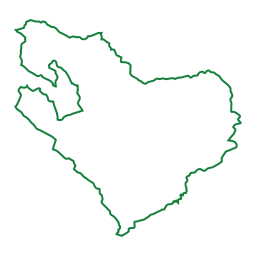 Tam Duong, Lai Chau, Vietnam (Mercator projection)
{"feature_id": "81297802B8345144496926", "entity_name": "Tam Duong", "entity_type": "district", "adm_level": 2, "iso_a3": "VNM", "parent_name": "Vietnam", "parent_adm1": "Lai Chau", "projection": "mercator", "projection_center": [103.573, 22.33], "detail": "fine", "context": "isolated", "style": "outline", "palette": "green", "viewbox_px": 256, "rotation_deg": 0, "n_neighbors": 0, "source": "geoboundaries", "source_scale": "gbopen_adm2", "svg_char_len": 5603}
<svg xmlns="http://www.w3.org/2000/svg" viewBox="0 0 256 256"><path d="M101.4,32.9L98.3,33.0L90.4,36.2L88.1,36.1L87.7,36.5L87.6,37.2L87.2,37.8L85.0,39.1L84.2,39.3L82.2,39.1L81.1,38.3L80.2,37.4L79.3,37.1L76.1,37.1L73.4,36.5L72.1,36.6L70.3,37.5L69.7,37.6L68.9,37.3L68.0,36.6L63.0,33.8L59.6,32.3L55.8,28.2L55.1,27.7L53.9,27.2L51.1,26.7L49.5,25.7L47.5,24.8L45.2,22.0L43.1,21.4L41.6,22.3L40.5,22.5L40.1,22.0L38.8,21.5L35.5,21.5L32.2,20.5L30.2,20.2L29.7,20.3L28.7,21.2L27.6,21.2L26.1,22.2L26.0,24.0L24.6,25.3L24.5,26.1L23.7,27.6L23.7,28.0L21.9,28.4L16.6,30.0L15.9,30.0L17.2,31.7L17.8,32.1L20.5,33.2L25.4,37.6L25.1,38.8L25.3,40.7L25.2,41.4L24.3,42.2L22.4,43.4L21.8,44.1L21.3,45.2L21.4,47.5L20.9,49.7L20.9,53.5L20.2,56.2L20.4,57.5L21.6,59.5L21.9,61.1L21.5,64.5L21.2,64.9L23.5,66.1L28.7,71.1L32.7,73.2L36.8,75.8L37.7,76.1L39.7,75.7L40.8,75.2L41.5,75.3L42.5,76.9L43.4,77.5L46.4,79.1L47.9,79.6L50.6,81.1L51.6,82.0L52.7,83.4L53.0,83.9L53.0,85.1L55.2,86.4L55.9,86.4L55.4,83.3L55.5,81.7L55.9,80.7L57.4,78.2L57.5,76.7L55.4,72.6L55.5,71.4L55.4,70.9L51.5,68.8L49.3,67.9L49.0,65.5L49.1,64.9L49.6,64.4L51.6,62.9L52.8,61.0L53.9,60.7L54.6,60.7L55.1,60.9L56.1,61.9L57.0,65.5L57.5,66.5L58.3,67.0L61.3,67.9L61.8,68.3L63.1,69.9L65.4,71.5L65.9,72.3L68.3,75.9L71.8,83.4L72.5,83.3L74.0,84.5L76.4,85.5L77.3,85.3L77.6,85.4L77.8,90.5L77.3,92.0L77.2,93.1L79.5,96.4L79.8,98.5L79.5,99.5L78.1,102.1L78.1,103.4L78.4,104.6L81.5,108.8L82.5,110.6L74.8,113.1L73.0,113.6L71.2,114.4L69.3,115.0L68.0,115.2L66.3,115.7L64.3,116.8L62.2,119.4L61.5,119.9L60.1,120.1L57.6,119.7L57.6,117.2L57.0,113.4L54.0,105.0L53.2,101.5L51.0,101.5L49.6,101.2L48.6,100.6L48.4,100.2L47.5,97.0L46.7,95.5L46.0,94.7L44.0,94.3L42.6,93.6L40.3,91.5L39.7,90.6L39.7,90.0L40.2,89.4L40.2,89.0L39.6,88.5L38.3,88.3L37.6,88.6L33.5,90.8L32.5,90.9L28.3,87.8L27.5,86.8L27.0,85.7L26.0,87.0L25.3,87.5L24.5,87.7L23.2,87.7L21.0,87.0L20.6,87.2L18.8,89.5L18.5,91.0L20.8,94.3L20.8,95.9L18.5,101.5L16.7,105.2L15.4,106.7L17.0,109.2L17.6,109.6L18.3,109.8L19.6,111.2L20.7,111.7L21.5,112.3L23.7,115.8L26.5,117.5L28.9,119.6L31.2,122.6L32.3,123.4L34.1,125.2L35.2,126.6L36.1,128.1L36.6,128.6L38.2,129.5L40.6,130.5L51.9,136.5L55.6,139.6L55.8,140.1L55.7,140.5L53.5,146.7L53.0,149.4L54.8,149.9L57.1,151.0L62.1,155.5L65.1,158.4L66.8,158.8L69.0,158.4L69.4,158.4L70.8,159.6L73.4,160.9L73.9,162.8L75.4,165.8L74.0,168.6L74.1,169.3L77.3,172.1L78.3,172.6L79.8,172.9L80.6,173.3L82.7,175.4L83.5,176.6L86.8,178.7L88.1,179.9L93.2,183.1L93.8,184.1L94.5,185.9L95.3,187.2L96.3,188.2L97.5,188.7L99.5,189.0L99.9,193.8L101.8,195.1L102.0,196.7L102.4,197.8L102.6,199.4L102.3,200.2L101.6,201.3L101.5,201.8L101.7,202.6L102.9,204.1L109.9,211.2L110.4,214.0L111.0,214.7L113.7,216.4L114.7,217.4L116.6,219.6L118.6,222.5L119.1,225.2L120.0,226.4L120.1,227.4L120.0,228.0L119.5,228.8L118.3,229.9L118.2,230.4L118.6,231.4L118.5,231.9L116.8,233.4L116.5,234.0L117.8,234.6L122.0,235.8L122.1,235.5L122.7,235.1L124.9,234.1L128.4,231.7L128.7,231.2L128.8,230.2L128.6,229.3L128.8,228.7L129.9,228.2L133.6,228.0L134.2,227.6L134.7,226.8L134.4,223.7L134.5,221.9L134.7,221.7L137.4,221.4L139.9,220.5L142.8,219.9L144.1,219.5L148.0,217.1L150.8,214.7L153.5,214.0L155.1,213.1L161.1,210.3L161.8,209.6L164.0,209.5L164.6,209.0L165.5,206.9L166.8,205.1L168.2,204.4L171.6,204.0L173.0,203.0L173.2,201.9L173.9,201.2L174.3,201.2L174.8,201.8L175.1,201.8L175.7,201.4L175.9,200.7L176.3,200.5L176.8,200.9L177.4,201.1L177.4,201.4L177.2,202.0L178.1,202.8L178.1,200.5L178.3,199.8L179.1,199.1L180.7,199.0L181.2,198.5L181.1,196.9L180.4,195.3L180.6,194.8L181.1,194.5L181.9,195.1L183.0,195.3L183.1,195.1L183.0,194.1L183.9,193.1L184.7,192.8L185.7,193.1L186.6,191.5L186.7,191.0L186.4,189.2L186.4,187.8L185.6,185.5L185.5,183.7L185.8,182.4L187.0,181.5L187.3,180.8L187.4,180.3L187.3,179.7L186.4,177.6L186.6,177.1L188.0,176.0L189.4,175.6L190.1,173.7L190.7,173.2L191.3,173.1L192.0,172.6L193.8,172.7L194.8,172.4L195.6,171.9L195.8,171.1L197.4,169.8L199.8,168.8L203.4,170.7L204.4,170.8L205.0,170.7L205.6,170.3L207.4,168.6L209.7,167.9L211.4,167.6L213.0,167.0L217.3,164.7L221.5,161.9L221.8,161.4L221.6,158.1L225.5,152.0L226.8,151.1L228.1,150.8L235.6,147.6L236.3,147.2L236.6,146.5L236.7,145.8L236.6,144.6L236.3,143.9L235.5,142.7L234.7,141.9L232.3,141.0L228.4,140.4L231.7,136.2L233.8,134.0L235.4,130.3L235.3,129.3L233.3,127.2L233.3,126.7L235.0,124.8L235.5,124.4L240.5,123.2L240.5,122.4L238.5,120.4L238.0,119.5L238.2,119.0L240.0,116.7L240.0,116.4L239.7,115.6L239.2,115.1L236.0,112.8L234.6,112.1L233.7,111.8L231.6,111.9L231.2,111.5L231.4,102.9L230.6,100.8L230.4,99.6L230.5,98.7L231.5,97.6L232.2,96.1L232.2,95.5L232.1,94.5L230.5,91.0L230.6,89.1L230.4,88.1L229.7,86.9L227.6,84.6L222.7,80.6L221.3,79.1L219.4,76.3L218.5,75.6L216.0,74.3L214.9,73.2L213.9,72.5L211.2,72.2L210.3,71.7L209.1,70.6L208.2,70.4L206.7,71.1L205.0,73.0L204.0,72.9L203.3,72.1L202.5,71.7L202.0,71.7L200.1,72.1L199.1,73.0L198.3,73.9L197.8,75.1L197.2,75.6L194.4,75.6L193.2,76.1L191.5,77.3L190.7,77.6L190.3,77.6L188.8,76.1L188.0,75.8L187.5,75.8L180.8,77.6L177.4,77.8L175.3,79.0L173.1,78.2L171.9,78.2L165.9,79.2L163.6,78.5L162.4,78.5L159.4,79.1L156.9,78.6L156.1,78.8L153.9,80.6L147.7,82.2L146.1,83.6L144.6,83.7L142.5,82.6L140.6,81.0L139.7,80.5L138.6,80.4L137.5,78.9L132.3,76.1L131.2,75.1L130.4,74.1L130.2,73.1L130.4,68.0L130.7,66.2L130.3,64.8L128.1,63.0L125.8,62.4L121.1,62.0L120.8,61.4L121.3,58.3L121.4,57.5L121.3,57.3L119.7,56.7L118.7,56.0L117.1,55.6L116.6,55.1L115.6,53.2L114.9,50.9L114.3,50.0L113.6,49.5L112.8,49.4L111.1,49.7L110.9,48.3L109.4,46.3L109.2,45.6L109.3,43.6L109.1,43.2L106.9,42.0L103.6,39.5L102.6,39.2L101.5,39.4L101.8,36.5L100.9,34.4L100.9,33.9L101.4,32.9Z" fill="none" stroke="#15803d" stroke-width="2"/></svg>